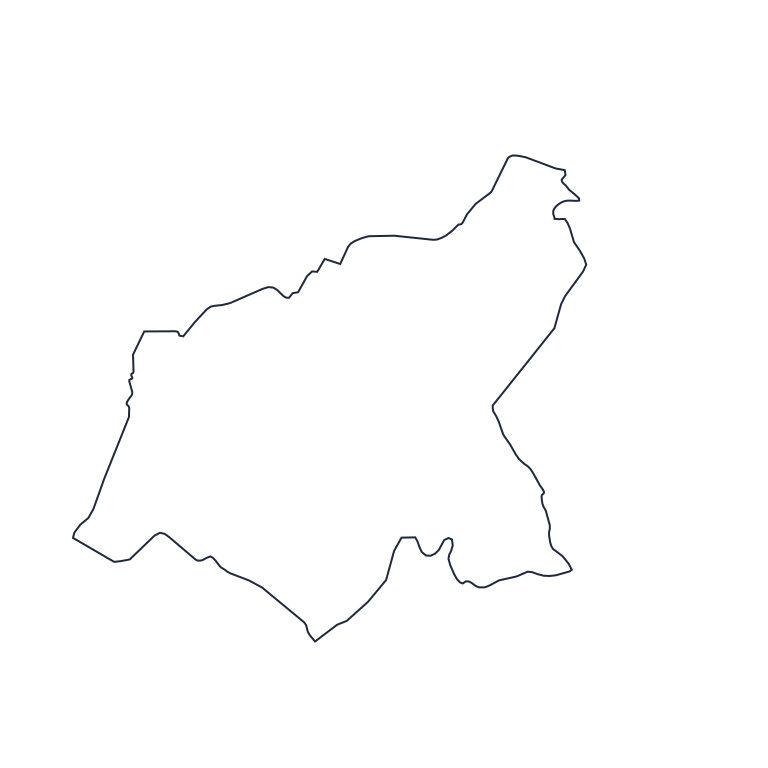 map outline of Wasit (Natural Earth projection), rotated 112°
{"feature_id": "IRQ-3227", "entity_name": "Wasit", "entity_type": "Province", "adm_level": 1, "iso_a3": "IRQ", "parent_name": "Iraq", "parent_adm1": "", "projection": "natural_earth1", "projection_center": [45.642, 32.719], "detail": "fine", "context": "isolated", "style": "outline", "palette": "slate", "viewbox_px": 768, "rotation_deg": 112, "n_neighbors": 0, "source": "natural_earth", "source_scale": "10m", "svg_char_len": 2914}
<svg xmlns="http://www.w3.org/2000/svg" viewBox="0 0 768 768"><g transform="rotate(112 384 384)"><path d="M485.9,140.3L486.9,140.9L487.7,141.3L488.4,141.9L497.0,153.0L499.9,158.4L502.0,164.3L502.8,170.7L502.9,175.9L504.2,180.5L512.8,189.0L523.0,203.8L531.1,210.5L534.7,214.3L536.9,219.5L537.0,222.8L535.5,228.8L535.3,231.4L536.4,234.3L539.4,236.2L539.5,239.0L537.7,243.1L534.2,247.5L527.4,254.5L522.0,258.7L517.8,259.6L513.6,259.2L507.9,259.8L502.8,262.7L502.6,266.5L506.1,269.7L517.4,271.0L522.2,273.1L525.8,276.5L527.3,280.8L525.6,286.1L521.8,290.2L517.6,293.8L514.5,297.6L519.9,310.2L534.9,312.1L565.0,308.6L592.1,317.3L617.6,329.8L624.8,337.3L648.6,351.5L644.7,358.7L642.3,361.8L636.7,365.9L634.8,369.0L618.3,421.1L616.7,436.2L617.1,455.3L616.8,458.6L615.9,461.8L615.1,466.3L614.3,468.3L610.8,474.1L609.2,477.7L608.9,480.4L611.2,482.9L615.4,486.4L616.6,488.3L617.6,490.8L617.2,493.5L606.5,525.6L605.1,531.3L605.9,536.0L610.6,540.0L641.9,554.0L646.9,561.8L650.0,567.6L643.2,614.7L637.8,615.4L628.2,612.9L618.9,607.9L608.7,606.6L576.8,607.9L510.2,608.1L501.7,611.2L500.3,612.4L499.4,614.8L498.2,615.4L496.4,615.5L492.4,614.7L490.0,613.9L487.8,613.7L485.7,614.4L476.8,621.3L475.6,621.6L474.3,620.6L473.6,619.8L472.9,619.5L472.3,619.9L471.1,621.2L470.1,621.8L469.1,621.9L467.9,620.9L466.5,620.8L450.8,627.7L425.1,626.0L413.1,596.8L412.9,594.9L413.9,593.4L415.8,591.8L415.0,588.0L397.3,582.5L381.2,576.3L377.1,573.6L374.6,569.7L371.5,563.8L366.8,557.2L341.3,532.2L337.5,527.6L336.1,522.9L336.8,518.4L340.2,510.0L340.6,507.0L339.7,504.4L334.0,502.7L331.1,498.0L313.0,495.8L306.6,492.9L305.0,487.9L290.2,485.8L289.8,479.3L289.1,469.5L285.7,469.4L270.5,468.7L266.2,467.4L262.1,464.4L257.2,459.3L252.7,453.5L242.7,430.1L231.9,392.5L230.3,389.1L226.8,385.2L223.2,382.2L216.6,378.3L208.3,374.7L207.0,372.3L204.8,371.5L195.5,370.6L182.5,366.4L166.3,356.7L164.6,356.3L128.4,353.7L126.8,353.1L125.6,352.1L123.9,350.3L122.2,345.4L120.7,337.7L119.9,305.9L118.0,296.5L122.3,294.0L127.9,295.8L128.7,295.4L129.8,294.6L130.8,292.7L132.0,289.6L134.5,285.2L137.1,277.1L138.9,272.6L140.8,271.7L142.3,274.6L144.5,280.8L145.8,283.6L147.5,285.9L149.5,287.8L151.8,289.4L154.4,290.8L157.3,291.8L160.2,291.9L162.9,290.8L165.8,288.3L167.0,287.8L165.5,283.1L164.7,281.6L163.3,278.2L165.7,274.4L170.2,269.8L181.3,261.0L187.0,252.4L192.7,245.3L197.6,241.2L205.3,241.6L234.7,249.0L243.7,249.7L268.4,246.9L348.4,270.7L363.3,275.2L365.3,274.3L368.3,272.6L371.5,268.3L375.6,263.8L385.4,255.2L387.1,253.3L393.0,244.2L399.7,235.8L403.1,230.6L405.5,224.0L406.5,219.6L408.1,216.2L410.6,212.6L419.5,201.6L422.4,197.1L423.8,195.5L425.0,194.9L426.0,195.2L427.1,195.7L428.0,195.9L429.2,195.8L433.0,193.9L436.0,192.0L438.2,189.9L440.9,186.5L452.8,177.4L454.9,176.5L456.4,175.9L457.8,175.8L459.9,175.3L463.0,174.0L469.0,170.3L471.7,168.0L473.6,165.6L476.6,154.4L477.6,152.4L481.6,145.3L485.9,140.3Z" fill="none" stroke="#1e293b" stroke-width="2"/></g></svg>